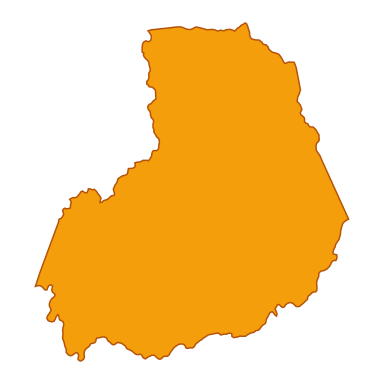 Boa Vista do Tupim, Bahia, Brazil
{"feature_id": "56859067B5310344538767", "entity_name": "Boa Vista do Tupim", "entity_type": "district", "adm_level": 2, "iso_a3": "BRA", "parent_name": "Brazil", "parent_adm1": "Bahia", "projection": "natural_earth1", "projection_center": [-40.706, -12.743], "detail": "fine", "context": "isolated", "style": "filled", "palette": "amber", "viewbox_px": 384, "rotation_deg": 0, "n_neighbors": 0, "source": "geoboundaries", "source_scale": "gbopen_adm2", "svg_char_len": 5904}
<svg xmlns="http://www.w3.org/2000/svg" viewBox="0 0 384 384"><path d="M348.6,219.2L321.2,158.8L320.1,156.0L317.3,151.9L316.2,149.9L316.0,145.6L316.8,143.0L318.6,141.4L319.2,139.9L319.0,137.2L319.0,135.0L317.1,131.9L315.9,129.8L314.3,128.1L313.1,127.0L310.6,127.0L309.1,126.3L307.7,123.7L305.6,123.0L304.5,121.6L304.6,119.6L304.3,117.8L302.8,116.1L301.1,115.0L300.2,113.0L301.2,111.0L301.9,109.3L301.1,107.5L300.5,105.4L299.1,103.5L297.1,101.5L297.5,98.4L297.8,96.9L299.4,93.6L299.7,91.6L300.5,90.1L296.1,67.3L294.2,62.3L291.1,62.1L288.4,62.1L284.9,63.5L283.7,62.1L282.7,60.0L281.4,57.8L280.1,55.8L279.0,54.5L277.6,53.7L275.8,53.1L272.1,52.1L270.2,50.5L268.7,49.0L268.0,46.8L266.1,44.9L264.2,44.5L262.8,43.9L261.9,42.2L260.8,41.4L259.3,40.1L255.5,39.9L253.0,39.3L251.5,38.8L250.3,37.1L249.5,34.4L249.6,32.4L248.5,29.1L247.7,26.4L246.6,23.8L245.1,23.0L243.2,24.3L240.8,25.5L239.1,27.4L237.4,28.2L234.9,31.1L233.5,30.5L232.0,29.9L230.3,29.4L228.1,29.5L226.3,29.7L224.4,30.6L222.8,30.8L220.8,30.1L218.2,31.0L216.8,30.8L215.2,30.0L213.7,29.6L212.0,29.4L207.2,29.8L203.8,28.8L200.8,28.0L197.5,27.2L196.0,27.0L194.6,27.6L192.8,28.6L191.1,29.3L189.1,29.5L186.7,29.2L183.0,27.6L180.7,26.9L176.0,27.0L169.9,27.8L151.4,29.8L148.0,30.8L149.7,33.1L151.1,35.4L151.4,37.6L151.0,39.7L150.0,41.0L148.0,41.8L145.9,40.8L143.8,42.0L142.7,43.8L142.2,46.5L142.1,49.7L142.2,52.2L143.8,53.0L143.4,54.9L144.0,56.6L145.6,58.6L147.3,60.2L148.6,61.7L149.0,63.4L149.2,65.5L149.9,67.6L150.3,70.6L149.0,72.7L148.7,74.7L149.0,77.5L148.2,79.9L146.7,81.5L146.8,84.1L148.4,85.3L149.1,86.7L150.5,87.0L152.2,87.2L154.5,89.1L155.6,91.0L155.6,93.5L155.7,95.5L155.9,97.2L156.0,98.8L152.7,101.5L151.3,103.6L149.2,104.4L147.7,106.6L148.2,109.4L150.2,111.6L150.5,114.9L151.4,117.8L153.1,119.4L153.6,121.5L153.0,124.2L153.0,127.5L154.0,130.0L153.9,132.2L155.6,134.7L156.5,136.7L158.7,138.6L159.5,142.0L158.9,144.6L158.8,146.6L158.5,148.9L156.9,150.5L155.4,150.6L153.5,150.6L152.5,151.6L151.8,153.8L151.7,155.9L149.9,159.0L148.5,160.7L146.9,160.3L144.9,160.4L143.1,160.3L141.4,161.3L138.8,162.2L136.5,162.2L134.8,162.9L135.3,164.9L135.0,166.6L134.0,167.7L132.5,168.3L130.8,168.4L128.4,168.6L128.0,170.6L127.6,173.2L126.5,174.6L124.9,175.5L123.2,175.5L121.4,176.5L119.5,177.7L118.0,178.8L116.8,182.7L115.1,185.0L113.3,189.1L113.9,191.5L114.6,193.5L113.9,195.6L111.7,195.7L110.2,196.8L109.1,198.1L107.5,199.3L105.5,200.1L103.7,200.5L102.0,202.3L100.0,202.5L100.4,200.2L101.0,198.2L100.0,196.4L99.1,195.2L97.7,193.3L96.5,191.4L94.3,189.3L92.5,189.9L90.4,189.0L88.4,188.8L87.9,190.9L86.8,192.9L84.5,192.5L82.5,191.0L80.6,192.0L79.7,193.8L78.6,195.0L76.7,197.2L74.7,197.7L72.7,197.6L71.1,198.5L69.6,199.3L70.7,200.8L71.3,202.4L70.5,204.5L70.5,206.5L70.2,208.1L68.2,208.6L66.4,208.8L64.7,208.2L63.4,209.1L62.6,210.6L63.2,212.3L63.7,214.2L62.4,216.8L61.2,218.2L59.0,219.3L58.6,222.0L40.2,271.8L35.4,286.4L37.3,285.8L39.6,285.6L41.5,286.4L42.7,287.5L45.1,290.0L47.0,289.8L47.6,287.9L48.8,285.6L50.4,284.9L51.8,285.3L52.5,287.0L51.7,289.8L52.3,291.9L53.6,293.1L54.8,294.0L54.9,295.7L53.7,297.3L52.1,298.2L50.8,300.1L49.8,302.2L49.4,303.7L49.3,305.7L50.5,308.3L51.1,310.2L50.0,312.3L48.1,315.1L47.3,316.4L46.9,318.5L48.2,320.7L49.5,321.3L51.7,321.8L54.0,321.3L55.3,319.2L56.1,316.9L57.9,314.6L59.0,316.6L59.2,318.7L59.9,320.1L61.3,320.6L63.0,321.7L63.8,324.1L63.4,326.3L62.7,329.0L62.7,331.0L63.1,333.6L62.7,335.6L62.6,337.8L63.0,339.7L63.9,341.7L64.3,343.3L64.7,345.3L65.2,347.0L66.2,349.1L66.2,352.4L67.8,354.3L69.1,355.3L70.5,355.8L72.5,355.1L75.8,352.7L77.5,353.0L78.6,354.9L78.3,357.3L78.0,359.2L79.0,360.4L80.5,361.0L81.9,360.5L83.4,359.4L84.3,357.8L84.3,355.7L84.0,353.1L84.6,350.9L85.6,349.3L87.1,347.9L88.8,346.7L89.9,345.3L90.9,343.6L92.7,343.3L94.6,342.8L95.7,341.5L96.0,339.7L96.8,338.1L98.7,337.8L100.2,337.6L101.9,337.0L104.2,336.9L106.5,338.0L108.1,341.0L109.4,341.8L110.5,342.8L112.3,344.5L113.6,344.8L115.2,344.2L117.3,342.5L119.0,342.7L121.7,343.4L125.1,345.7L126.0,347.3L127.1,348.8L131.4,350.7L133.0,351.9L135.0,353.8L136.9,354.6L138.8,354.6L140.4,354.2L141.9,355.2L142.6,357.0L143.7,358.1L145.3,358.9L147.0,357.7L148.6,356.7L150.2,356.1L151.6,355.3L153.0,355.1L154.7,355.6L157.3,358.0L158.8,359.1L161.0,359.0L162.3,357.8L163.3,356.6L164.7,356.3L167.0,356.3L168.7,355.4L170.2,352.9L171.5,350.8L172.5,349.7L173.5,348.2L175.5,346.4L177.1,345.4L178.8,344.3L181.9,343.9L183.8,344.4L185.3,346.1L186.0,348.0L187.9,348.4L190.1,347.7L192.3,348.0L194.2,346.8L195.0,345.2L196.3,343.5L198.1,342.1L200.1,340.4L201.7,339.7L203.0,338.4L208.5,334.8L209.9,334.6L212.4,334.1L214.2,333.7L215.6,333.4L217.4,333.1L219.0,333.4L220.7,335.0L222.6,334.5L224.0,334.1L225.5,334.2L227.0,334.1L228.3,333.3L229.9,333.2L231.8,333.7L231.9,336.3L233.7,337.6L236.5,337.2L238.5,336.7L239.9,336.1L243.0,336.3L245.6,336.2L247.8,334.5L249.2,333.9L250.5,333.0L252.4,332.7L254.0,332.3L255.7,330.7L258.0,330.3L259.7,329.1L260.8,327.5L262.0,325.9L263.3,324.9L264.5,324.1L265.7,322.8L266.4,319.2L268.2,316.0L269.1,314.3L270.0,312.5L272.3,311.7L273.8,313.3L275.0,315.1L276.5,316.1L277.1,314.0L276.2,311.5L275.5,310.1L275.2,308.6L276.3,306.9L277.5,304.9L279.3,304.5L280.8,306.3L282.4,307.5L284.3,306.9L285.5,304.9L287.6,303.3L290.2,302.5L292.8,303.3L294.0,304.4L295.9,306.3L297.8,306.7L299.7,306.3L300.7,305.3L302.1,304.3L303.8,302.8L307.4,299.3L307.6,297.6L308.3,296.0L309.7,295.1L311.1,293.7L312.3,292.5L314.0,291.9L315.7,291.8L316.7,290.7L316.9,289.1L316.9,286.7L316.6,283.7L316.8,281.2L318.7,276.4L318.9,273.1L320.9,271.1L322.7,270.9L324.8,270.2L326.7,269.1L328.2,267.7L329.6,266.3L330.5,264.6L331.4,262.5L332.7,261.0L334.1,260.4L335.8,260.6L336.8,258.6L336.9,256.8L336.8,254.9L334.8,254.4L333.1,253.8L333.0,252.2L333.5,250.4L334.2,248.6L335.1,246.9L335.6,244.6L336.8,242.6L337.8,241.1L338.9,239.7L340.3,235.0L340.7,231.2L341.0,229.3L341.5,227.4L342.1,225.6L342.9,223.3L344.0,222.1L345.7,220.8L347.2,219.8L348.6,219.2Z" fill="#f59e0b" stroke="#b45309" stroke-width="1.5"/></svg>